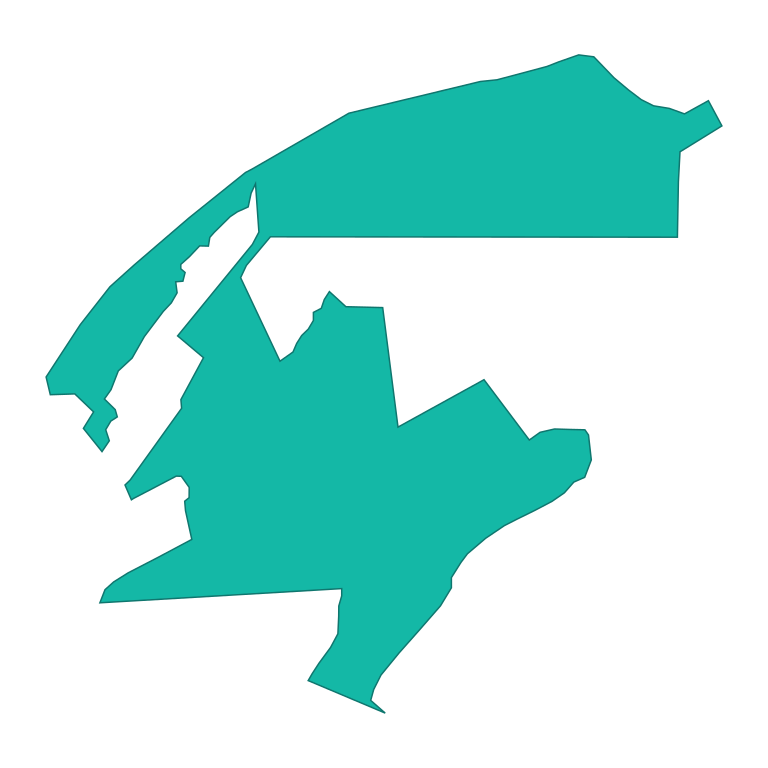 Sergeli, Tashkent, Uzbekistan
{"feature_id": "79887680B58716268454454", "entity_name": "Sergeli", "entity_type": "district", "adm_level": 2, "iso_a3": "UZB", "parent_name": "Uzbekistan", "parent_adm1": "Tashkent", "projection": "orthographic", "projection_center": [69.201, 41.185], "detail": "fine", "context": "isolated", "style": "filled", "palette": "teal", "viewbox_px": 768, "rotation_deg": 0, "n_neighbors": 0, "source": "geoboundaries", "source_scale": "gbopen_adm2", "svg_char_len": 1724}
<svg xmlns="http://www.w3.org/2000/svg" viewBox="0 0 768 768"><path d="M677.4,237.2L678.4,181.7L680.0,151.8L721.9,125.9L708.4,100.7L684.5,113.9L669.3,108.4L653.5,105.8L641.2,99.6L628.3,89.8L613.9,77.7L593.8,56.8L578.7,54.9L559.2,61.7L546.9,66.5L497.0,79.8L480.4,81.5L348.9,113.2L252.0,169.1L245.5,172.5L189.0,217.9L134.6,264.6L110.0,286.7L80.3,324.6L46.1,377.0L50.3,394.7L74.8,393.9L93.6,411.9L83.4,428.4L102.0,451.6L109.3,440.8L105.7,429.7L110.8,421.1L117.3,416.9L115.2,409.6L104.4,399.0L111.0,389.7L118.3,370.9L132.1,358.1L144.4,336.5L163.3,311.4L171.3,302.9L177.1,292.8L175.7,281.8L182.9,281.2L185.1,272.5L180.8,268.8L180.8,264.4L189.5,256.6L199.6,245.9L208.4,246.1L209.8,237.4L214.2,232.4L222.1,224.6L230.1,216.7L237.4,211.8L248.2,206.9L251.1,193.2L255.5,183.8L258.9,232.1L252.4,244.4L177.6,335.9L203.5,357.7L180.9,399.6L181.6,408.3L130.1,480.1L125.0,485.0L131.4,499.8L133.6,498.4L176.3,476.1L181.3,476.3L189.2,487.4L189.1,497.7L184.7,501.2L185.5,510.7L191.8,539.4L157.8,557.5L128.2,572.8L113.7,581.9L105.0,589.7L99.9,602.8L341.7,588.6L341.7,595.9L338.8,606.0L338.7,616.3L337.9,633.8L330.6,647.4L319.0,663.2L312.1,673.8L308.2,680.6L385.2,713.1L370.7,700.4L373.7,689.5L381.0,675.0L399.1,652.9L418.7,630.8L440.5,605.8L451.4,587.8L451.4,577.6L460.9,562.5L467.4,553.8L485.6,538.3L504.4,525.6L516.7,519.3L534.8,510.4L552.1,501.3L564.4,492.8L573.8,482.1L584.7,477.3L591.3,459.9L588.5,435.0L584.9,429.8L571.2,429.5L554.5,429.0L540.1,432.3L529.3,440.0L484.0,379.7L398.0,427.1L382.7,307.6L345.9,306.7L329.4,291.6L324.3,299.5L321.3,308.3L313.4,312.4L313.4,320.5L308.3,329.1L301.7,335.5L296.7,343.4L293.0,352.0L280.0,361.2L240.6,277.7L246.4,265.4L270.4,236.8L677.4,237.2Z" fill="#14b8a6" stroke="#0f766e" stroke-width="1.5"/></svg>